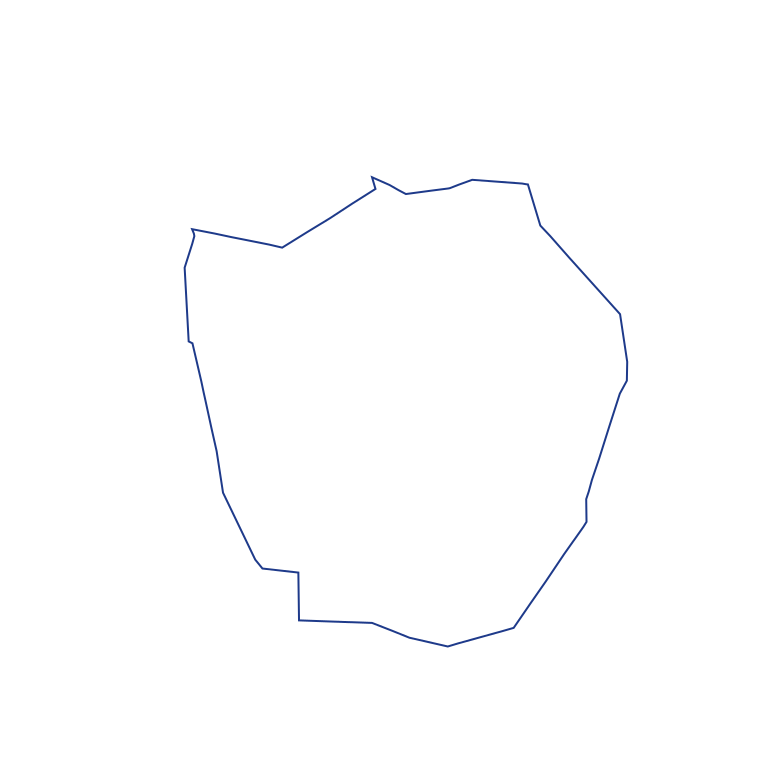 Villa Tejúpam de la Unión, Oaxaca, Mexico (Mercator projection), rotated 212°
{"feature_id": "50627088B36340506209634", "entity_name": "Villa Tejúpam de la Unión", "entity_type": "district", "adm_level": 2, "iso_a3": "MEX", "parent_name": "Mexico", "parent_adm1": "Oaxaca", "projection": "mercator", "projection_center": [-97.464, 17.665], "detail": "fine", "context": "isolated", "style": "outline", "palette": "blue", "viewbox_px": 768, "rotation_deg": 212, "n_neighbors": 0, "source": "geoboundaries", "source_scale": "gbopen_adm2", "svg_char_len": 1162}
<svg xmlns="http://www.w3.org/2000/svg" viewBox="0 0 768 768"><g transform="rotate(212 384 384)"><path d="M572.2,316.6L568.0,317.0L540.3,289.4L532.6,281.4L526.5,275.2L507.2,255.4L490.3,238.3L462.9,206.5L400.1,166.8L389.3,163.1L356.7,178.7L330.8,138.5L298.9,156.9L296.9,158.1L295.1,159.1L292.3,160.7L291.6,161.1L291.0,161.5L289.9,162.1L288.5,162.9L287.7,163.4L286.3,164.2L284.6,165.2L267.8,174.9L267.6,175.0L267.3,175.1L246.1,179.1L228.0,182.3L190.8,195.2L183.7,203.3L157.4,232.0L153.6,236.1L144.8,245.9L143.8,269.0L143.5,276.1L142.2,302.0L141.1,335.4L140.2,351.2L140.1,352.3L139.2,368.4L139.2,372.2L139.2,372.5L139.2,374.4L151.5,393.5L153.4,401.4L156.8,412.7L162.0,434.7L170.5,467.6L178.9,500.8L179.8,515.5L189.5,531.7L220.8,568.3L293.9,589.3L321.3,597.5L335.4,601.2L367.7,629.5L369.4,628.7L373.1,627.2L417.4,603.9L426.1,592.8L432.0,584.9L433.2,583.8L446.4,573.0L466.1,556.7L474.4,556.1L484.8,555.7L503.7,553.0L494.6,544.9L506.5,520.2L517.7,495.9L529.7,472.0L542.6,445.7L555.2,441.4L562.3,438.7L579.2,432.3L591.0,427.8L607.5,421.8L628.8,413.6L624.9,410.8L623.2,408.9L620.9,401.2L614.7,377.0L572.2,316.6Z" fill="none" stroke="#1e3a8a" stroke-width="2"/></g></svg>